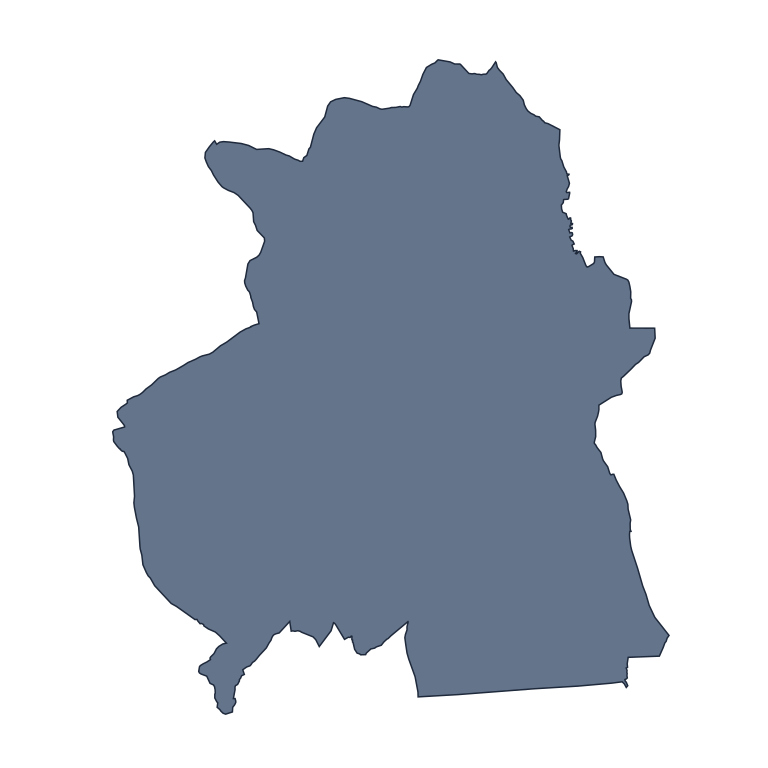 Rosiori, Bacau, Romania (Robinson projection), rotated 266°
{"feature_id": "2599482B59078130680921", "entity_name": "Rosiori", "entity_type": "district", "adm_level": 2, "iso_a3": "ROU", "parent_name": "Romania", "parent_adm1": "Bacau", "projection": "robinson", "projection_center": [27.105, 46.732], "detail": "fine", "context": "isolated", "style": "filled", "palette": "slate", "viewbox_px": 768, "rotation_deg": 266, "n_neighbors": 0, "source": "geoboundaries", "source_scale": "gbopen_adm2", "svg_char_len": 6119}
<svg xmlns="http://www.w3.org/2000/svg" viewBox="0 0 768 768"><g transform="rotate(266 384 384)"><path d="M697.6,517.8L691.9,513.5L690.2,511.8L689.7,510.8L686.5,508.2L686.0,507.2L686.1,504.7L685.7,502.6L686.3,500.7L686.5,498.2L687.3,496.4L687.4,495.5L687.2,493.5L687.9,490.3L697.5,482.6L697.9,481.9L698.3,476.8L700.7,472.4L703.6,460.7L703.4,460.2L700.7,457.1L699.7,454.0L696.8,448.4L690.2,444.4L683.5,441.5L679.5,439.1L676.7,437.8L670.7,433.6L660.1,429.4L659.0,428.3L658.7,427.3L659.3,423.0L659.0,421.0L659.7,419.5L659.1,415.1L659.3,410.7L658.8,408.7L658.2,401.1L658.8,399.1L660.7,395.7L661.7,392.0L667.2,381.5L671.4,369.4L672.4,364.4L671.3,355.7L669.2,350.4L665.2,347.2L654.5,343.5L644.3,334.6L638.1,331.4L625.3,327.1L623.8,325.5L617.4,323.0L615.4,319.8L611.9,318.3L612.0,315.7L613.1,314.2L614.6,310.5L618.1,305.4L619.3,302.1L622.6,296.3L625.3,290.3L626.8,285.5L626.9,273.3L631.4,265.6L633.9,258.3L636.2,246.3L637.0,240.8L636.7,237.0L634.8,233.8L638.4,232.0L637.4,230.7L632.9,226.4L627.5,222.0L622.0,221.1L618.0,222.2L613.1,224.0L608.9,226.7L604.4,228.5L596.9,232.6L592.2,236.1L590.9,237.6L588.0,242.2L585.4,247.8L582.4,251.6L568.8,262.7L566.4,264.3L564.0,265.3L555.0,265.3L551.2,266.9L546.0,268.2L538.1,274.8L534.8,274.9L524.0,270.2L521.2,268.3L519.3,265.8L516.5,259.0L513.2,256.6L499.5,253.2L496.8,252.1L494.5,252.1L491.3,252.9L487.2,254.6L485.5,256.0L484.1,256.5L480.9,257.2L479.5,257.2L474.8,258.6L470.5,259.1L467.4,260.0L464.7,262.0L452.9,263.5L451.8,258.7L450.6,255.2L450.3,255.3L449.4,252.9L448.7,250.2L445.8,244.0L436.7,229.9L433.6,223.6L427.7,215.5L426.0,211.9L424.7,204.7L423.9,202.2L421.8,197.6L419.1,190.0L416.5,185.3L412.5,177.0L410.6,170.9L408.3,166.4L406.6,161.4L405.3,159.2L399.4,152.2L395.7,146.3L392.4,142.5L390.7,139.9L389.6,137.4L388.7,133.4L385.7,126.7L383.1,126.7L382.1,125.4L379.1,120.1L375.2,115.9L369.4,116.2L361.6,121.6L360.2,122.3L359.2,122.2L356.9,111.4L355.4,110.1L354.1,110.1L350.2,110.6L347.0,110.2L345.4,110.4L340.6,113.5L338.0,115.5L337.6,116.3L337.1,116.3L335.2,118.2L334.8,119.9L333.3,120.7L327.6,123.1L321.3,123.9L314.6,126.8L310.6,127.6L289.4,127.3L282.9,126.2L278.3,126.4L267.5,127.7L258.4,129.3L238.9,129.2L236.4,129.3L230.1,130.5L220.5,130.9L212.4,133.8L209.0,135.4L206.8,137.3L198.7,141.2L179.9,156.4L176.7,161.3L162.2,179.0L162.2,181.0L160.8,181.6L157.7,183.8L157.8,185.4L156.9,186.8L156.4,187.3L155.2,187.5L151.9,191.7L148.3,198.5L144.2,202.5L136.5,208.7L135.9,205.0L133.7,200.9L131.5,198.4L126.9,195.6L123.8,192.0L122.7,191.3L121.2,191.7L119.0,187.8L117.5,184.1L115.9,181.1L114.8,180.2L110.2,179.1L108.7,179.7L107.5,181.2L104.9,186.8L97.5,189.6L95.7,192.9L93.9,193.8L90.8,194.2L87.3,194.1L86.5,193.6L82.6,193.3L78.7,195.0L77.6,195.9L73.1,195.0L70.7,197.5L69.1,198.4L66.8,200.5L65.7,203.0L67.4,209.9L72.0,210.5L74.5,212.7L76.6,213.9L78.1,214.0L80.6,213.5L80.7,211.8L89.5,214.1L92.2,214.2L93.5,214.9L94.5,217.0L97.8,219.0L99.3,219.2L100.5,220.4L102.9,221.6L104.0,224.4L108.8,223.2L111.3,227.3L112.2,230.6L113.1,231.6L115.3,233.3L116.7,235.7L118.3,237.4L121.9,240.7L128.9,248.2L133.7,251.3L136.3,253.4L138.9,254.5L140.8,255.8L141.5,256.6L142.3,258.5L143.0,262.1L153.7,273.4L143.9,274.2L144.1,275.8L143.5,277.9L143.9,280.8L143.1,283.2L142.2,284.3L136.7,295.6L133.7,298.1L126.6,301.1L141.5,314.0L149.4,317.0L149.1,317.6L147.7,318.8L132.0,326.8L133.9,330.8L133.5,332.5L134.8,333.7L134.5,334.4L131.1,334.1L130.7,334.8L128.8,334.6L128.3,335.1L121.4,336.2L117.4,338.4L116.5,340.8L115.5,341.8L115.3,346.8L116.8,347.6L120.6,352.4L121.2,356.3L122.3,358.1L123.6,363.1L126.7,365.9L129.2,369.0L129.8,370.4L132.3,373.3L145.3,391.3L144.9,391.5L140.2,390.0L137.1,389.8L132.6,387.9L129.4,387.1L122.8,387.5L114.0,388.2L107.9,389.5L89.8,394.6L74.4,396.4L69.5,396.2L69.0,436.3L69.5,511.6L69.1,556.6L69.7,590.2L70.3,600.8L68.1,602.8L64.4,604.5L66.0,606.1L69.6,604.9L70.8,603.9L72.4,603.7L72.8,605.0L73.8,606.2L76.1,606.0L78.5,606.4L79.5,606.1L81.2,606.5L83.8,605.8L84.4,607.2L87.9,607.1L94.3,608.5L93.3,639.7L101.8,644.2L106.1,646.1L107.6,647.5L110.7,648.7L113.3,650.8L132.3,637.9L144.6,633.1L155.8,630.7L164.5,628.0L182.6,624.1L200.7,619.5L204.9,618.8L213.3,618.3L216.9,618.4L219.9,618.9L219.8,620.1L221.8,619.5L227.8,619.8L231.2,620.6L242.1,618.8L247.0,618.9L250.5,618.1L258.5,615.4L265.4,611.8L272.1,608.9L277.9,607.0L278.0,605.8L277.5,604.1L279.0,603.0L285.8,601.4L292.0,597.6L293.9,596.9L300.6,595.6L305.8,592.1L308.5,590.9L310.1,589.7L311.2,589.7L316.7,591.5L323.2,591.9L329.0,591.6L330.9,591.9L337.0,594.8L340.9,596.0L343.4,596.6L347.9,596.9L354.9,609.9L356.4,615.1L357.0,619.1L357.6,620.5L358.8,621.0L360.1,621.0L365.1,620.4L370.5,620.4L373.4,621.2L374.9,623.4L381.2,631.0L386.0,636.3L387.8,639.5L393.1,645.5L394.6,649.5L396.2,651.2L399.2,652.2L410.8,657.7L420.8,657.9L422.6,633.2L432.0,632.9L437.0,633.2L449.0,636.7L450.9,636.7L452.2,636.0L458.7,636.6L464.2,636.1L468.6,635.4L470.6,634.5L471.6,633.2L477.3,621.1L487.3,614.1L489.8,612.9L495.5,611.5L496.0,607.7L496.0,603.1L491.2,602.5L489.9,601.8L489.3,601.0L486.9,596.4L486.5,594.8L488.0,593.7L496.3,591.1L500.8,588.9L502.1,589.3L502.8,588.0L500.4,585.2L500.8,584.2L502.9,585.8L503.6,585.9L503.8,584.2L503.4,582.3L505.9,582.2L509.1,581.2L509.6,581.5L510.4,583.5L513.3,582.4L514.5,580.7L517.7,579.5L518.7,582.0L519.8,582.6L521.6,582.4L522.0,581.6L521.8,580.0L525.2,579.0L525.6,579.9L525.6,581.5L526.0,582.6L527.1,582.6L527.3,581.0L527.9,580.5L529.3,580.8L529.8,582.9L530.6,583.3L531.0,583.2L531.1,581.6L533.6,582.3L534.9,581.7L536.5,581.8L536.8,581.2L535.5,579.6L535.7,579.2L539.3,577.9L541.2,577.6L542.9,574.2L546.3,573.4L550.1,573.4L552.4,575.5L555.3,576.0L555.5,576.4L555.5,580.2L555.9,581.0L561.6,582.6L562.3,582.5L562.2,579.7L563.1,579.2L565.9,580.4L568.1,581.9L571.3,583.0L579.0,581.3L579.6,582.8L580.3,583.2L580.9,581.0L582.9,580.8L588.0,578.5L594.4,577.0L596.0,576.1L597.9,575.7L609.9,575.1L615.2,576.1L625.4,577.2L632.3,565.8L633.4,562.6L635.2,561.4L635.6,560.6L639.7,557.5L640.6,554.0L642.1,552.4L643.8,549.3L646.3,546.6L648.7,545.1L652.7,543.5L657.4,542.7L662.2,539.7L665.5,536.3L670.7,533.2L679.2,527.1L684.9,524.5L688.9,521.1L691.9,519.2L696.8,518.3L697.6,517.8Z" fill="#64748b" stroke="#1e293b" stroke-width="1.5"/></g></svg>